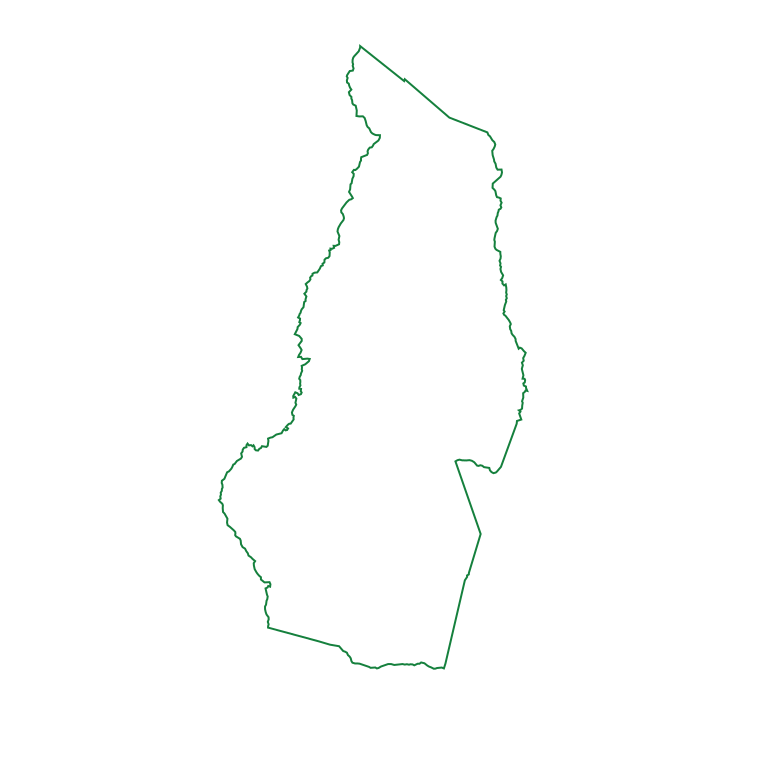 the district of Fernando Falcão, Maranhão, Brazil, rotated 124°
{"feature_id": "56859067B71869987611972", "entity_name": "Fernando Falcão", "entity_type": "district", "adm_level": 2, "iso_a3": "BRA", "parent_name": "Brazil", "parent_adm1": "Maranhão", "projection": "orthographic", "projection_center": [-45.34, -6.195], "detail": "fine", "context": "isolated", "style": "outline", "palette": "green", "viewbox_px": 768, "rotation_deg": 124, "n_neighbors": 0, "source": "geoboundaries", "source_scale": "gbopen_adm2", "svg_char_len": 6166}
<svg xmlns="http://www.w3.org/2000/svg" viewBox="0 0 768 768"><g transform="rotate(124 384 384)"><path d="M387.3,240.7L342.7,251.8L340.3,253.1L336.7,250.3L332.8,255.5L330.7,255.4L330.4,257.4L329.1,256.3L327.2,255.8L324.5,257.4L322.0,258.5L321.1,259.9L317.4,260.9L313.8,263.5L311.9,262.9L310.2,263.0L309.6,261.4L307.9,264.0L306.7,264.9L307.1,267.2L305.6,268.8L304.0,268.2L301.8,269.2L301.1,270.4L302.1,272.1L298.8,273.3L294.4,278.2L290.8,279.4L289.2,281.6L286.6,281.2L284.7,283.1L282.1,283.3L278.9,284.0L278.5,286.4L277.5,289.8L277.9,291.7L279.4,292.1L274.7,298.9L273.1,300.1L271.9,302.3L271.4,304.7L270.7,306.5L268.8,308.3L268.0,310.0L265.8,312.0L263.4,312.4L262.5,313.7L261.2,316.3L259.5,321.5L259.5,323.1L258.7,324.5L256.5,324.5L255.9,326.0L251.0,327.9L247.2,328.8L246.1,330.0L244.2,330.2L242.8,331.9L241.1,332.3L240.0,333.8L237.7,335.0L235.6,336.6L233.4,338.8L235.1,339.6L234.5,342.0L232.7,343.1L232.4,345.3L230.2,345.2L227.3,346.0L225.6,349.6L223.5,351.8L221.4,352.5L220.9,354.0L218.8,354.9L217.3,357.1L214.9,357.5L212.8,358.6L211.2,360.2L209.4,361.5L209.9,365.7L209.6,367.3L208.3,369.2L204.0,371.7L202.9,373.1L201.3,373.9L196.2,375.9L194.0,375.8L191.7,376.4L187.9,381.6L186.1,382.9L182.6,384.0L181.0,384.1L178.6,385.3L177.0,385.6L175.3,386.3L173.6,385.4L172.0,385.5L170.7,387.4L167.9,387.9L166.9,389.9L164.9,391.0L165.2,393.0L165.9,394.8L164.8,396.5L161.8,399.5L161.2,401.1L160.7,403.7L157.0,405.9L147.0,403.3L145.0,403.6L142.6,404.5L140.5,406.5L142.8,409.7L141.8,411.9L139.0,414.7L137.8,417.1L136.4,418.3L133.5,421.9L130.1,424.7L128.0,424.6L125.2,425.0L123.2,425.7L121.7,427.9L121.3,430.5L119.4,434.6L119.2,436.7L117.6,439.0L126.6,478.8L119.7,537.2L121.6,536.7L117.2,592.7L118.4,591.9L122.3,591.0L129.1,592.0L130.6,592.0L132.8,591.3L135.0,589.9L136.2,588.4L137.7,587.9L139.4,585.7L141.6,585.1L143.7,587.4L148.4,587.3L149.8,586.9L150.6,585.3L153.0,584.6L154.7,583.2L154.7,581.2L156.0,579.8L157.3,577.9L158.2,575.7L161.7,576.3L163.7,574.1L164.2,571.6L165.7,570.6L166.5,569.2L169.0,567.1L169.5,565.7L169.1,563.1L172.5,559.5L177.2,556.7L176.0,554.1L173.9,551.2L174.3,548.8L176.2,546.3L179.2,543.0L180.1,541.2L180.3,539.2L182.5,535.6L182.8,533.7L182.5,531.2L182.1,529.8L180.0,526.5L182.3,525.1L185.3,524.8L190.9,526.7L192.5,526.4L194.6,526.5L196.0,528.0L198.4,528.2L200.2,527.8L201.7,526.4L203.5,526.1L208.7,529.7L210.4,528.9L211.6,528.0L213.4,528.0L217.8,526.3L220.8,526.8L222.6,527.4L223.3,528.7L226.2,528.8L226.7,526.6L228.8,525.4L231.5,525.0L235.7,523.1L237.2,523.4L241.6,520.9L244.3,520.4L246.5,515.3L247.3,513.8L249.1,514.4L250.7,515.8L254.4,516.6L261.9,517.0L264.0,516.7L265.6,515.3L266.1,513.2L267.6,511.2L268.9,509.9L270.8,509.3L275.0,509.6L279.3,509.3L281.5,508.8L283.6,507.8L286.3,503.7L289.8,502.3L291.4,500.4L293.3,499.4L296.7,501.5L297.6,503.0L299.0,501.5L301.0,502.7L301.7,504.1L302.9,503.2L304.0,504.1L305.2,502.6L308.4,500.7L310.5,500.8L312.2,502.4L314.2,502.8L316.6,501.4L318.7,502.2L319.9,501.1L321.6,502.2L324.2,501.7L328.8,501.7L330.6,503.9L332.6,504.9L334.1,504.0L335.5,504.7L337.2,504.7L338.4,503.5L340.6,503.5L342.5,504.2L344.9,504.8L346.3,502.3L347.7,500.9L349.3,500.8L350.8,500.0L353.7,500.5L354.8,497.3L357.7,496.4L359.0,495.4L360.7,496.0L365.3,493.7L368.2,494.0L370.1,493.6L371.6,493.0L373.1,493.1L374.6,492.6L376.9,492.4L376.7,490.2L378.2,489.3L380.1,488.8L380.1,487.2L381.9,486.9L385.1,487.4L386.8,486.5L392.6,485.8L391.6,481.2L392.6,477.5L394.3,476.3L399.6,476.6L401.1,472.8L401.9,471.3L404.7,470.7L407.5,470.7L409.6,470.2L407.9,468.0L409.0,465.6L405.8,461.7L404.8,459.6L407.1,459.0L411.7,460.3L415.0,462.4L416.3,461.1L417.8,460.4L418.8,459.2L421.7,458.7L423.2,458.0L425.2,457.9L427.1,457.2L427.6,455.6L429.1,454.5L430.7,453.7L431.9,452.5L434.0,452.3L435.3,451.6L434.5,450.0L436.5,449.0L437.1,447.5L438.9,447.2L440.8,448.6L440.0,450.5L440.5,452.9L444.8,452.5L446.0,451.5L444.4,450.4L445.1,448.5L449.1,446.9L450.2,445.2L452.2,445.0L456.2,445.0L459.1,444.4L460.8,442.7L460.8,441.0L462.6,440.2L463.9,439.1L469.0,439.2L470.0,440.4L471.5,440.9L474.6,441.3L474.5,438.7L476.3,438.6L477.5,439.7L477.2,441.5L479.1,441.7L482.1,441.4L486.1,445.0L490.5,446.7L492.0,448.2L494.1,449.6L495.8,448.0L500.2,445.9L501.9,446.3L503.8,450.4L505.8,450.2L507.4,451.1L509.6,451.2L510.6,453.1L510.3,454.8L508.7,456.0L507.8,457.9L509.2,458.2L509.0,460.0L510.4,461.7L509.7,463.8L511.6,463.8L513.3,462.7L515.2,464.4L517.4,464.4L519.1,463.5L521.4,463.6L523.8,461.0L525.8,460.9L530.1,462.9L533.8,463.1L535.1,463.9L537.5,463.4L539.5,463.2L543.2,463.7L544.9,464.7L551.9,463.3L554.8,464.3L556.8,463.2L557.9,461.6L560.1,459.9L561.7,459.7L563.3,458.7L565.4,458.6L566.9,457.3L568.7,456.9L570.4,455.3L572.6,456.0L573.3,454.0L573.7,451.1L574.6,449.8L577.1,448.3L580.1,445.9L580.6,443.7L583.2,438.5L586.7,436.6L588.5,434.7L588.6,431.9L589.3,426.7L589.8,424.6L591.0,423.6L592.5,422.9L593.1,421.6L592.9,416.9L593.9,415.3L596.8,412.9L598.3,410.0L598.2,407.1L599.6,404.7L600.5,402.2L602.0,400.4L602.0,397.4L602.5,395.3L602.9,391.8L605.4,391.8L607.2,390.4L609.8,387.7L611.5,384.3L612.2,382.4L612.8,380.1L613.0,378.0L614.9,376.7L615.3,372.1L612.3,368.1L613.5,366.2L615.7,365.1L616.2,367.0L617.9,366.8L619.7,367.9L624.1,363.2L625.2,361.6L627.8,360.4L629.3,360.2L632.9,358.4L635.0,358.2L637.2,356.7L639.3,354.5L640.8,352.5L641.9,349.3L643.6,348.0L646.2,347.3L647.7,345.3L649.5,344.7L650.8,343.9L633.7,293.8L630.3,283.0L626.5,274.6L628.2,268.5L627.7,266.7L627.5,264.5L628.9,262.3L629.2,260.1L630.0,258.2L631.9,256.1L632.7,254.3L631.9,251.8L630.5,249.7L629.5,247.8L626.9,238.2L626.8,236.4L623.9,232.7L623.8,230.9L622.5,229.7L619.9,228.5L613.9,224.0L612.2,221.5L611.2,218.4L605.8,212.0L605.0,209.9L603.5,208.3L602.7,206.3L601.6,205.4L600.5,203.5L600.3,201.6L597.1,199.7L596.0,198.1L594.1,197.5L592.9,194.3L593.2,190.7L593.1,188.7L592.6,186.6L592.2,183.5L591.2,182.2L589.8,181.2L586.8,177.6L586.3,175.3L581.5,176.7L501.5,207.2L497.4,207.2L496.3,208.1L494.5,207.2L493.1,208.0L454.3,220.0L408.2,281.5L406.1,280.5L404.5,279.1L403.6,276.6L401.4,273.1L399.3,270.5L398.5,268.2L398.4,265.4L399.6,261.2L399.0,259.8L397.5,258.7L396.8,256.8L397.0,254.6L394.7,249.8L396.3,247.9L396.9,245.7L396.7,243.4L394.9,241.8L393.4,241.4L387.3,240.7Z" fill="none" stroke="#15803d" stroke-width="2"/></g></svg>